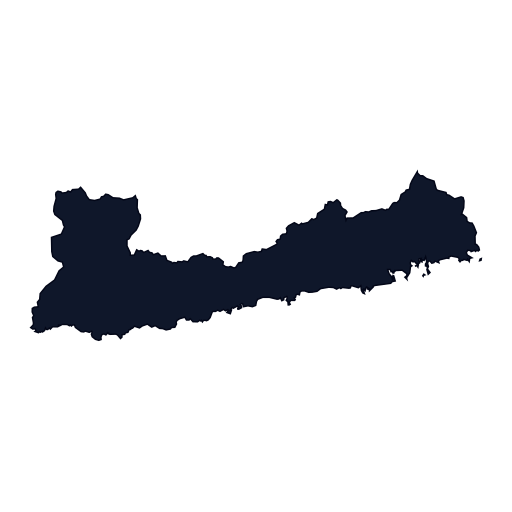 outline of Bolaang Mongondow Selatan, Sulawesi Utara, Indonesia
{"feature_id": "22746128B14720240696101", "entity_name": "Bolaang Mongondow Selatan", "entity_type": "district", "adm_level": 2, "iso_a3": "IDN", "parent_name": "Indonesia", "parent_adm1": "Sulawesi Utara", "projection": "natural_earth1", "projection_center": [123.982, 0.455], "detail": "fine", "context": "isolated", "style": "filled", "palette": "ink", "viewbox_px": 512, "rotation_deg": 0, "n_neighbors": 0, "source": "geoboundaries", "source_scale": "gbopen_adm2", "svg_char_len": 6053}
<svg xmlns="http://www.w3.org/2000/svg" viewBox="0 0 512 512"><path d="M105.7,194.2L103.6,196.4L101.5,196.8L100.2,199.1L94.6,200.5L89.3,199.7L86.5,196.0L85.2,192.8L80.6,187.3L78.6,189.2L72.5,189.6L70.6,192.0L68.1,191.0L66.4,192.5L62.2,193.1L60.9,191.9L57.9,191.2L56.1,192.5L55.7,194.4L56.2,198.5L54.1,206.3L53.7,211.1L54.9,214.5L62.4,220.4L63.5,225.0L64.6,226.8L61.4,234.1L51.5,237.4L51.8,251.6L52.8,256.5L58.0,260.9L62.4,262.1L63.7,267.0L59.1,270.8L54.6,280.0L46.1,286.3L40.2,293.6L39.7,299.4L37.4,302.2L38.3,306.8L34.3,307.2L32.3,308.4L32.2,312.0L33.8,315.7L32.5,317.5L33.5,323.1L33.2,325.0L30.7,327.6L32.9,329.1L34.8,328.6L36.1,330.7L35.0,331.5L38.5,332.7L39.9,331.6L40.5,332.2L42.2,331.3L42.6,331.9L44.5,330.6L45.5,327.9L46.4,329.4L47.7,329.5L49.3,328.0L50.3,329.1L52.5,326.8L57.6,326.8L58.7,326.2L58.4,325.2L59.0,324.9L59.8,325.7L62.3,324.4L67.3,324.5L69.4,325.7L70.4,324.9L71.4,326.0L72.5,325.0L74.5,325.0L75.4,327.4L81.1,331.6L83.7,331.9L85.4,331.1L89.3,332.3L91.7,331.2L92.2,332.2L91.4,334.2L92.2,336.7L95.4,339.3L98.8,340.3L101.1,339.5L100.9,337.1L101.8,334.7L103.9,333.9L105.9,334.9L107.7,332.5L108.7,333.3L108.2,333.7L110.0,334.3L115.6,334.1L117.4,334.8L120.5,338.5L121.9,337.2L122.0,334.7L124.7,334.3L125.3,332.9L127.9,332.3L129.1,329.7L130.7,329.4L131.3,328.2L132.5,328.2L134.4,326.2L139.5,327.9L142.3,325.9L147.4,324.1L151.7,327.1L155.2,325.6L159.6,328.4L162.8,328.6L166.1,329.9L170.4,329.0L171.5,327.5L174.8,327.3L176.5,324.0L176.1,322.3L176.9,320.5L179.6,318.7L184.8,317.2L186.5,320.0L189.0,320.0L190.3,318.7L193.0,321.7L197.6,321.8L199.6,320.3L200.6,320.9L201.3,320.3L202.4,321.9L203.4,320.4L205.2,320.3L205.6,319.6L205.5,320.4L206.5,320.7L208.2,319.9L210.1,317.6L212.2,312.0L213.1,311.4L215.5,311.4L217.6,310.2L220.0,311.3L223.5,309.4L225.5,310.8L227.8,309.6L228.4,310.6L226.9,312.5L230.3,313.7L231.4,310.3L230.2,310.4L232.2,307.4L233.3,308.2L237.3,306.0L238.8,307.0L237.7,308.2L237.8,309.1L238.8,309.2L241.5,307.7L241.3,305.9L240.2,304.6L241.9,303.5L242.7,303.8L243.4,306.7L248.0,305.8L252.4,306.7L255.7,305.4L256.5,301.3L257.7,299.3L262.8,297.3L269.3,297.3L277.1,299.2L278.8,299.0L280.3,297.7L281.8,300.7L283.7,299.8L283.8,297.8L286.7,296.4L287.3,298.1L286.2,300.3L287.9,301.8L288.2,304.9L289.2,304.9L290.2,304.3L289.2,302.4L290.7,300.4L294.6,300.4L295.2,299.7L294.2,297.8L295.5,297.2L296.0,294.9L297.3,294.2L299.4,294.8L299.9,292.0L301.6,290.9L304.7,290.9L308.7,292.3L312.4,292.1L317.0,291.3L320.6,288.6L328.8,287.2L333.4,287.5L336.6,289.1L339.3,287.6L340.8,288.5L342.4,287.5L349.0,288.2L350.3,287.9L351.0,285.9L351.9,285.7L358.4,287.7L360.8,285.7L361.4,290.4L362.8,292.9L364.4,293.6L363.1,289.6L363.8,289.0L365.1,290.6L365.6,288.3L366.7,286.9L367.7,287.7L367.3,288.9L368.1,289.2L368.2,288.0L369.4,288.6L369.5,290.7L373.2,287.0L373.2,286.1L375.2,285.4L390.7,283.3L392.2,281.6L395.2,281.0L393.7,275.8L393.0,275.5L392.4,277.7L393.7,278.9L392.5,279.6L391.3,276.4L389.1,273.8L387.6,269.5L390.2,269.4L391.1,271.8L392.3,271.6L392.9,272.8L393.7,271.7L393.6,273.7L394.0,272.1L395.7,270.5L402.2,270.2L406.9,273.8L406.8,275.7L404.9,277.2L406.8,279.1L406.5,277.9L409.7,272.8L410.5,266.7L411.9,265.8L410.6,264.8L410.2,262.9L411.3,260.4L413.0,261.9L414.6,261.5L416.4,263.6L417.6,263.6L416.9,265.5L417.9,267.0L418.5,263.6L419.8,262.7L418.6,260.7L419.1,258.7L421.2,258.4L420.2,260.9L422.0,261.9L422.2,259.8L424.1,260.4L425.6,256.8L426.7,262.1L425.5,264.0L425.5,266.5L426.3,264.8L427.2,264.6L426.8,266.4L427.7,268.1L428.4,266.5L427.6,263.5L428.3,261.1L429.9,261.0L431.8,263.2L433.9,262.6L434.9,261.1L438.9,262.7L438.3,260.8L439.8,259.8L446.8,258.1L448.8,258.4L448.9,257.1L451.0,256.0L457.8,257.3L459.4,258.8L458.8,260.3L460.0,261.8L461.2,260.4L462.8,260.3L463.7,259.4L467.1,260.3L467.6,259.1L469.2,261.5L469.7,258.4L471.9,257.8L467.3,255.1L466.3,252.6L467.7,250.2L470.5,250.6L471.1,251.6L474.7,250.3L475.4,251.4L477.0,250.3L478.2,251.0L479.4,250.0L478.7,247.1L476.6,244.5L475.2,244.2L475.0,236.0L476.4,232.7L473.8,226.1L472.1,223.1L469.6,222.9L467.1,221.4L466.6,217.6L462.4,214.2L461.4,214.5L463.7,207.8L464.0,200.9L463.1,197.6L461.1,196.9L454.6,198.9L449.0,195.2L446.7,194.7L446.0,192.5L437.4,190.3L436.2,189.0L434.0,181.1L426.5,178.6L422.8,175.8L420.1,175.7L417.5,173.1L417.3,171.7L412.2,180.3L410.4,184.3L409.5,189.3L406.2,190.1L405.2,192.0L401.2,194.5L399.5,200.1L396.9,202.7L394.2,202.6L392.8,203.4L388.8,209.4L386.8,209.3L385.4,210.3L381.9,208.9L376.1,210.6L371.4,210.8L368.8,212.0L365.4,211.7L363.5,212.7L361.2,212.7L353.1,218.0L347.1,218.1L346.0,220.4L344.9,215.6L347.0,212.0L345.6,210.1L342.5,208.5L340.6,205.6L340.4,203.1L337.8,200.3L336.9,199.8L333.2,202.7L330.5,201.5L328.2,201.9L327.5,204.9L325.3,204.5L324.4,209.2L317.7,213.5L316.7,218.1L313.7,219.6L311.8,218.8L308.3,222.4L302.4,223.9L301.6,223.2L299.0,225.2L294.3,222.7L288.6,225.8L286.4,228.3L287.1,231.1L286.4,233.8L282.6,234.3L280.6,236.1L280.2,239.2L277.5,239.7L276.1,241.5L277.3,243.2L276.6,244.4L266.5,249.6L262.2,249.0L261.4,251.4L257.8,252.2L254.3,251.6L246.3,253.7L243.4,256.0L243.1,260.4L242.2,262.3L238.8,262.8L235.8,267.3L234.0,268.0L230.6,266.5L228.4,267.1L225.5,266.7L222.8,264.8L223.3,261.8L218.5,258.0L216.9,257.9L215.5,259.2L212.8,259.0L212.4,257.8L210.1,256.7L206.9,256.9L206.0,255.4L204.7,255.4L202.9,253.6L196.3,256.0L193.6,256.0L191.1,257.4L187.8,261.9L183.7,260.9L182.2,261.9L177.9,261.5L176.8,262.9L173.9,262.5L172.5,263.4L171.6,262.2L166.9,260.4L165.3,255.9L161.1,256.0L157.9,253.1L153.4,254.7L151.9,252.8L149.5,252.4L148.1,250.5L143.7,252.5L142.0,250.8L140.4,250.5L139.0,251.3L136.7,249.8L134.3,255.1L130.3,255.3L130.2,252.7L127.0,246.0L127.0,239.8L129.1,238.8L131.0,235.1L136.1,230.1L138.2,226.1L140.5,218.9L140.3,214.9L138.8,213.4L137.1,207.7L137.4,199.7L136.2,198.6L135.3,195.7L132.8,197.8L123.6,199.9L119.4,198.2L113.0,197.8L108.2,194.7L105.7,194.2ZM428.2,274.2L430.0,272.5L427.2,268.7L426.9,269.5L428.2,274.2ZM481.3,258.6L480.1,259.1L479.6,260.7L481.0,260.3L481.3,258.6ZM424.8,274.9L423.8,274.2L422.8,275.8L423.2,276.2L423.3,275.4L424.8,274.9ZM416.7,265.6L416.1,265.5L415.0,266.3L416.7,265.6Z" fill="#0f172a" stroke="#020617" stroke-width="1.5"/></svg>